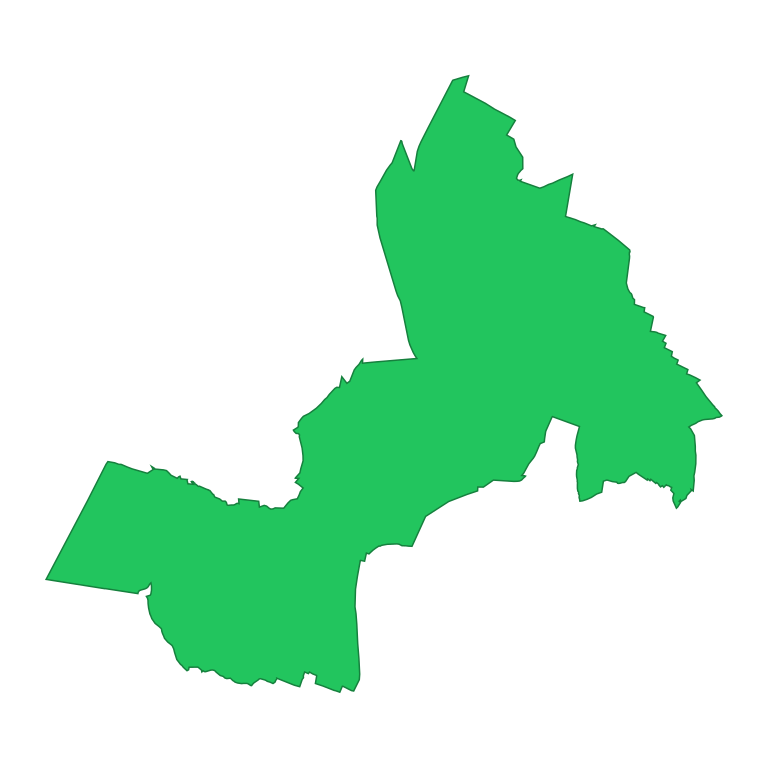 the district of Tlanalapa, Hidalgo, Mexico, rotated 180°
{"feature_id": "50627088B50313266532501", "entity_name": "Tlanalapa", "entity_type": "district", "adm_level": 2, "iso_a3": "MEX", "parent_name": "Mexico", "parent_adm1": "Hidalgo", "projection": "robinson", "projection_center": [-98.588, 19.828], "detail": "fine", "context": "isolated", "style": "filled", "palette": "green", "viewbox_px": 768, "rotation_deg": 180, "n_neighbors": 0, "source": "geoboundaries", "source_scale": "gbopen_adm2", "svg_char_len": 6034}
<svg xmlns="http://www.w3.org/2000/svg" viewBox="0 0 768 768"><g transform="rotate(180 384 384)"><path d="M566.1,96.1L565.0,97.3L563.7,96.4L562.4,96.3L557.1,97.9L555.4,98.0L553.4,97.5L551.9,95.9L547.8,92.5L544.8,91.6L543.1,90.0L541.2,89.4L537.6,89.8L535.1,87.4L533.9,86.7L533.0,85.9L530.4,85.0L526.4,84.4L524.5,84.6L521.1,84.6L519.9,84.2L517.3,82.5L516.4,82.4L515.1,84.1L514.0,85.2L509.9,88.0L508.7,89.1L507.6,89.3L503.3,88.1L501.9,87.5L500.8,86.7L498.1,85.9L495.0,84.5L494.2,84.9L493.8,85.5L493.1,85.8L492.7,86.3L492.5,87.3L491.1,89.2L491.2,89.8L473.7,82.8L468.3,81.3L465.8,88.6L464.5,90.3L464.7,92.1L463.4,96.0L459.6,94.4L458.5,96.0L455.3,94.1L451.5,92.6L451.3,92.2L452.6,84.5L445.1,82.0L433.9,77.6L432.2,77.2L428.2,75.8L425.7,81.7L425.2,81.8L416.5,77.4L414.3,77.0L408.7,88.3L408.3,93.8L409.1,109.6L410.3,124.5L411.2,143.5L412.0,154.3L413.0,161.0L413.0,162.0L412.5,178.9L410.6,191.5L407.7,207.5L407.4,207.6L403.4,206.8L401.6,214.9L399.0,214.1L395.2,217.7L392.4,219.8L389.2,221.9L387.8,221.9L386.3,222.7L380.8,223.7L371.1,224.1L368.9,223.8L366.1,222.3L362.0,222.2L359.7,221.9L356.0,221.7L342.4,251.6L319.3,266.5L300.9,273.6L290.4,277.1L290.2,281.0L284.6,280.9L274.6,287.9L254.1,286.6L250.9,286.7L248.4,287.0L246.4,288.0L244.5,290.0L243.2,291.1L242.5,291.9L243.4,292.2L246.3,292.5L244.4,294.7L239.2,304.2L234.8,309.7L233.4,311.8L231.5,315.9L229.1,321.7L227.8,324.4L223.7,326.1L223.4,329.3L222.4,336.1L222.1,337.2L216.2,350.5L215.6,351.4L188.5,341.5L191.0,332.2L191.8,328.2L192.6,322.8L192.6,319.9L191.0,313.1L190.9,311.0L190.4,308.1L190.6,306.3L189.7,303.4L190.7,300.3L190.7,299.0L191.3,297.7L191.5,293.8L191.4,291.5L190.7,287.9L190.8,286.6L190.5,285.3L190.6,283.5L190.6,279.6L190.2,276.9L189.6,276.3L189.4,275.3L189.5,274.3L188.8,273.0L188.7,272.4L188.9,270.6L188.7,269.6L188.4,269.2L188.4,268.2L188.1,266.8L185.3,267.2L180.9,268.7L176.6,270.6L171.3,274.0L166.3,275.8L164.6,286.8L161.5,287.9L160.3,287.8L155.6,286.4L151.1,285.8L150.5,284.8L149.8,284.6L148.2,284.7L145.4,285.5L143.8,285.5L142.5,286.4L139.0,291.7L131.9,295.6L129.8,293.9L120.8,287.9L120.3,289.1L118.0,287.3L117.2,288.7L112.2,284.6L111.4,285.5L109.2,283.6L109.2,283.1L107.5,281.1L105.6,282.3L104.2,280.7L101.7,283.2L101.1,282.6L99.3,282.3L97.6,281.1L96.3,280.6L97.2,277.8L94.1,274.5L95.2,270.1L94.8,267.0L91.6,259.8L90.4,260.9L87.5,265.5L88.9,266.7L87.7,268.0L87.2,266.4L82.1,269.5L81.1,272.6L76.5,277.5L76.8,278.4L74.8,277.0L73.8,287.6L74.1,292.1L73.3,295.7L72.2,304.2L72.1,312.8L72.7,316.9L72.7,321.6L73.6,332.5L77.4,339.2L79.2,341.0L76.8,342.6L72.2,344.7L70.1,346.2L65.4,348.1L63.2,348.5L55.6,349.1L53.3,349.6L51.9,350.5L48.5,350.9L46.6,351.9L46.1,352.3L48.0,354.4L49.8,357.0L51.7,359.0L52.9,360.0L53.4,361.3L55.1,363.0L62.1,371.5L66.4,377.9L71.6,385.2L68.0,387.9L72.4,390.3L78.1,393.0L81.4,394.1L80.1,398.4L91.3,403.9L89.9,407.7L89.9,408.0L93.5,409.7L96.6,411.7L95.7,416.3L103.7,420.3L102.0,424.7L105.5,426.8L102.3,432.5L110.0,434.9L111.1,435.6L113.1,436.1L117.6,436.6L114.6,450.8L114.9,451.6L123.9,456.1L123.3,460.3L124.4,460.4L133.6,463.6L133.5,468.3L135.2,469.9L136.3,473.6L136.9,474.5L138.2,475.5L140.1,479.0L141.7,485.0L138.5,509.8L138.4,512.0L138.7,513.3L138.6,515.8L138.0,516.1L138.3,518.0L149.5,527.5L164.6,539.1L165.1,539.2L166.2,539.0L174.0,541.4L172.8,543.2L176.5,542.1L183.8,545.1L187.4,546.2L192.6,548.4L202.5,551.5L195.3,593.8L200.4,591.4L209.0,587.9L215.5,584.8L219.3,583.6L224.2,581.2L228.2,579.8L247.7,586.7L247.0,588.1L248.2,587.6L250.3,588.0L251.5,589.7L250.3,593.4L249.4,594.9L248.5,595.9L247.1,597.6L245.2,599.3L245.3,610.8L252.0,621.1L254.2,628.8L261.4,633.0L252.7,647.5L257.8,650.6L273.4,658.8L282.2,664.4L304.3,676.2L299.4,692.2L305.4,690.7L315.1,687.8L315.6,687.1L339.7,640.6L347.0,626.2L349.0,621.7L350.7,616.6L353.9,597.3L354.2,597.2L354.6,597.3L356.1,599.4L364.8,621.8L365.8,624.5L366.2,626.6L366.7,627.2L367.2,627.3L375.7,605.6L376.1,604.9L377.8,602.9L381.5,597.8L387.4,587.2L391.0,581.0L392.3,577.7L391.2,551.8L390.8,549.8L390.8,542.9L388.0,530.2L371.9,476.8L370.3,472.3L367.7,467.2L366.2,460.9L359.5,427.7L358.1,423.1L354.7,415.4L353.0,412.4L351.1,409.5L393.0,406.0L405.5,404.8L405.3,408.8L406.5,407.6L409.0,403.6L411.9,400.6L413.7,398.2L418.2,386.8L421.1,384.7L426.2,391.3L428.5,380.5L431.2,380.7L433.1,379.6L438.7,373.6L441.0,370.4L443.3,368.5L446.6,364.6L451.6,359.8L458.9,354.5L464.6,351.7L466.5,349.6L469.6,345.4L469.7,341.3L470.6,340.4L474.6,337.9L473.8,336.5L471.9,334.6L469.5,334.4L468.5,333.1L468.7,331.2L465.9,320.0L465.0,312.4L464.9,307.2L467.2,299.3L468.1,295.1L472.6,290.1L472.7,289.8L469.2,289.6L472.6,285.6L469.6,283.8L464.9,280.0L467.6,276.4L468.9,272.9L470.7,269.2L475.4,268.3L477.3,267.7L480.0,265.1L484.3,259.8L492.9,260.1L495.0,259.1L497.2,258.9L498.9,259.8L501.4,261.9L503.8,262.6L508.6,260.9L509.3,266.7L529.4,269.0L529.0,264.3L530.3,264.7L531.4,264.5L533.0,263.5L534.3,263.0L536.6,263.0L539.4,262.7L540.5,262.8L541.0,263.2L541.5,265.2L542.0,266.1L542.9,266.9L545.6,266.8L548.3,269.0L553.1,270.9L553.4,271.2L554.4,273.5L555.1,273.6L558.1,277.4L559.5,277.9L559.5,278.1L561.9,278.9L568.5,281.8L569.7,281.6L571.8,283.4L572.9,283.9L573.2,284.8L574.1,285.3L574.6,286.2L575.8,286.7L576.7,286.4L576.6,286.2L574.8,283.7L580.1,284.2L581.0,288.2L580.8,288.5L587.1,289.1L588.0,291.8L589.4,291.1L590.8,289.7L596.9,292.7L599.3,295.3L601.5,297.4L604.4,298.1L611.5,298.8L613.2,298.8L613.3,299.5L616.4,301.5L614.8,298.5L620.6,294.7L635.8,299.1L640.5,300.9L646.8,303.6L649.3,303.7L653.3,305.2L660.1,306.4L661.9,303.8L680.5,267.2L721.9,188.6L663.1,179.3L662.7,179.4L630.1,174.4L629.8,175.8L628.6,177.4L626.7,178.1L623.1,179.1L621.2,180.0L619.8,181.3L618.4,183.8L617.1,185.1L616.5,181.9L616.5,177.8L617.1,174.2L617.7,172.8L621.6,171.6L620.5,169.8L620.0,167.8L619.9,164.3L619.4,160.0L618.1,154.1L617.0,151.6L616.2,149.4L612.9,144.6L609.2,141.7L606.6,139.3L606.1,136.4L605.4,134.3L604.3,131.9L603.5,129.7L600.3,126.0L595.9,122.5L594.3,119.2L593.4,115.5L591.2,108.5L587.4,103.5L586.2,102.7L584.5,100.5L581.0,97.3L579.4,98.2L578.9,100.8L570.1,100.9L566.6,98.0L566.1,96.1Z" fill="#22c55e" stroke="#15803d" stroke-width="1.5"/></g></svg>